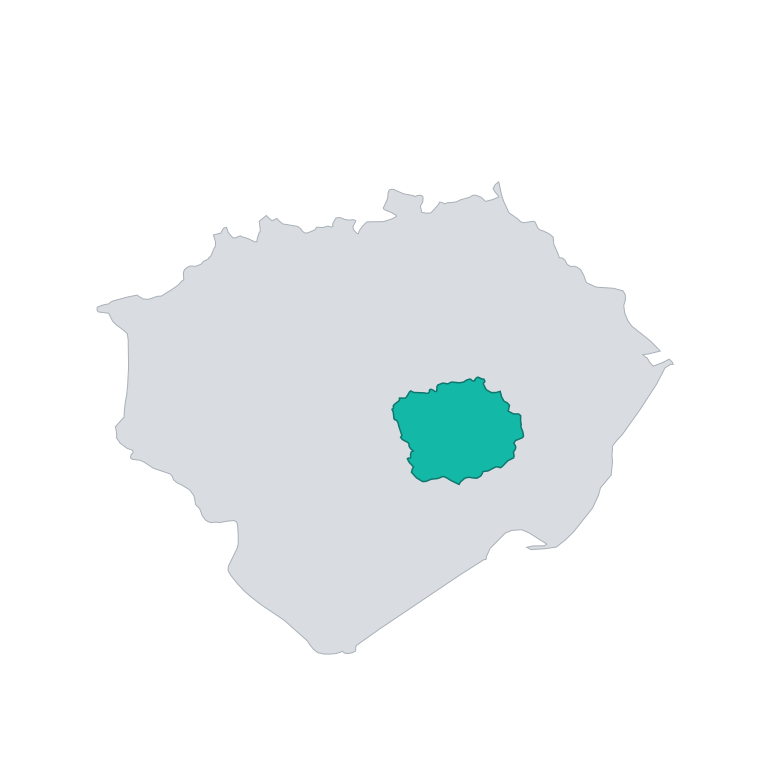 Kuyavian-Pomeranian on a map of Poland (Mercator projection), rotated 143°
{"feature_id": "POL-3145", "entity_name": "Kuyavian-Pomeranian", "entity_type": "Voivodeship", "adm_level": 1, "iso_a3": "POL", "parent_name": "Poland", "parent_adm1": "", "projection": "mercator", "projection_center": [18.543, 52.987], "detail": "fine", "context": "in_parent", "style": "filled", "palette": "teal", "viewbox_px": 768, "rotation_deg": 143, "n_neighbors": 0, "source": "natural_earth", "source_scale": "10m", "svg_char_len": 5585}
<svg xmlns="http://www.w3.org/2000/svg" viewBox="0 0 768 768"><g transform="rotate(143 384 384)"><path d="M606.1,424.5L608.8,429.9L609.8,434.2L608.7,437.6L609.0,441.0L618.9,455.5L622.6,466.0L624.9,470.1L630.4,475.4L630.9,477.6L628.7,479.6L625.5,480.4L624.6,482.2L627.9,487.2L630.3,495.4L630.1,502.2L628.3,503.9L625.9,507.9L624.3,511.5L611.4,514.1L608.3,518.0L601.2,525.5L596.4,529.8L589.2,537.6L578.0,551.0L561.6,573.4L558.8,578.6L559.4,582.8L562.3,592.7L562.9,597.1L562.4,601.2L561.4,604.9L561.6,606.5L568.6,613.3L568.8,614.7L568.2,616.5L566.7,617.9L561.4,616.4L555.4,613.6L553.3,614.0L550.1,613.3L536.7,607.9L527.7,603.6L526.8,600.8L525.1,596.8L521.2,593.4L512.4,590.5L508.8,588.2L494.5,587.0L488.3,586.9L483.9,587.9L481.1,587.8L477.2,593.7L474.6,595.4L470.7,595.6L467.3,594.6L463.8,591.4L458.2,589.8L454.1,590.6L451.2,589.9L448.6,589.7L447.7,590.4L445.7,590.3L442.7,591.8L439.4,593.9L435.8,595.5L433.0,599.0L430.5,605.7L423.5,602.7L421.2,604.0L417.9,604.9L415.6,604.0L416.2,601.7L417.2,599.0L417.1,595.3L416.5,591.3L414.3,589.9L411.1,589.4L409.4,588.6L409.2,587.3L407.6,585.6L404.7,581.2L401.9,575.7L400.1,574.1L397.3,576.7L393.2,579.6L390.6,580.7L385.6,589.1L376.6,589.4L376.1,585.5L375.1,581.7L369.9,580.7L369.8,578.5L368.6,572.9L358.1,561.8L356.9,557.2L357.3,555.4L356.5,552.5L354.3,550.7L346.0,548.6L343.8,549.8L341.9,548.6L338.9,545.9L333.6,543.8L333.1,542.7L331.2,540.8L330.1,540.5L329.4,541.7L327.9,543.3L322.5,545.4L320.4,544.5L318.4,542.7L316.2,538.9L312.9,535.5L310.3,534.3L308.7,532.5L308.4,531.1L314.3,528.3L315.6,525.4L314.9,520.2L314.0,519.5L311.6,521.3L306.7,522.8L302.1,523.6L299.8,523.6L286.7,514.0L278.3,511.1L273.3,510.2L272.7,511.2L275.0,516.6L278.9,523.2L278.7,525.0L271.4,528.8L268.3,531.1L265.6,534.3L263.3,535.7L261.4,535.4L259.3,533.8L253.9,524.1L247.1,516.6L246.3,514.9L244.1,514.5L241.2,512.8L240.1,510.5L241.6,508.1L243.7,505.9L247.4,504.5L248.5,503.2L249.1,501.3L250.5,498.8L250.1,497.9L247.5,495.1L243.7,492.4L233.0,494.4L230.1,495.8L228.4,494.0L227.2,491.3L224.5,490.7L220.8,488.3L216.4,485.8L212.1,485.1L203.2,481.6L199.8,481.4L197.8,480.2L195.7,477.5L194.0,474.6L193.0,468.7L186.5,466.0L179.9,464.3L179.5,465.2L179.7,471.1L179.4,474.3L175.1,476.3L170.8,476.5L171.0,475.5L176.2,464.7L178.5,457.9L181.1,445.5L177.9,435.6L177.1,431.0L175.6,428.8L166.6,424.0L165.9,422.3L167.3,415.8L166.6,413.0L164.5,410.1L161.6,404.3L160.5,399.4L164.2,393.6L166.6,383.4L168.0,379.3L165.6,377.1L165.0,373.8L165.7,369.2L164.4,365.8L161.2,363.5L159.2,360.6L158.2,356.9L158.9,351.1L161.4,343.2L156.2,333.6L143.3,322.5L137.1,314.6L137.6,310.1L140.3,306.1L145.3,302.4L149.0,295.9L151.1,288.2L151.3,281.2L145.5,258.6L144.6,252.9L143.6,244.1L154.9,248.9L159.6,251.7L159.0,248.6L158.1,246.0L158.7,242.1L158.4,236.3L148.1,233.3L141.3,232.3L140.6,228.2L141.2,225.6L143.1,227.1L149.8,227.8L166.2,219.9L194.5,209.6L224.8,200.0L231.8,198.9L239.0,196.9L241.6,193.3L244.2,190.8L248.3,184.4L257.4,174.5L273.6,170.8L279.6,166.1L292.2,159.4L320.9,152.0L332.9,150.3L344.7,150.1L355.2,156.0L366.3,163.3L368.3,167.7L362.3,164.9L353.5,158.4L350.3,158.1L357.8,178.0L361.9,184.9L370.1,190.2L377.0,191.9L398.3,188.8L405.9,184.6L408.1,182.5L410.1,183.6L438.0,185.8L535.0,191.0L562.9,191.8L564.6,191.2L567.4,187.9L570.9,188.4L575.0,190.4L576.9,192.0L577.7,193.7L578.2,195.7L580.5,196.1L584.6,197.6L590.1,201.1L594.5,204.5L598.6,209.3L600.0,214.8L600.1,220.9L599.8,224.9L605.8,255.0L615.2,282.3L618.7,295.4L620.1,302.4L621.2,312.4L621.5,319.5L621.5,323.5L620.8,328.9L618.0,332.1L599.9,341.3L596.5,344.2L591.2,351.3L586.3,358.7L585.1,361.2L584.8,362.8L585.9,365.2L592.3,369.1L598.8,372.3L601.0,374.6L605.8,377.6L607.5,380.3L608.4,382.7L608.4,388.1L606.2,395.6L607.1,401.2L604.9,405.0L603.1,409.1L602.9,416.4L606.1,424.5Z" fill="#d9dde1" stroke="#a8b0b8" stroke-width="1"/><path d="M415.2,297.0L412.8,298.9L410.3,300.1L410.6,301.6L410.6,303.3L411.0,305.7L410.9,307.3L410.6,308.9L410.2,310.3L409.2,310.2L408.3,309.5L407.3,309.1L406.3,310.1L405.4,311.5L403.3,313.3L400.9,313.0L401.7,316.3L401.4,319.4L400.4,320.5L400.0,322.1L400.5,323.8L401.4,325.4L402.8,328.8L402.8,331.5L400.7,332.1L397.4,341.8L396.1,344.5L395.8,347.6L396.8,348.7L397.0,350.2L393.4,356.2L393.2,357.6L392.8,359.0L391.9,358.9L390.9,359.1L390.3,360.0L389.9,360.9L388.0,361.5L381.9,361.6L381.0,362.1L380.7,362.9L380.2,363.5L375.5,359.9L373.7,360.1L368.5,362.3L366.8,362.4L365.4,359.4L357.2,352.7L355.7,350.9L354.0,350.1L353.1,350.2L352.2,350.6L351.7,351.5L350.9,351.9L349.7,351.6L348.8,350.2L348.2,348.8L347.8,347.3L347.1,346.9L346.1,346.6L343.3,350.0L341.6,350.8L336.6,349.4L335.0,347.9L333.5,346.1L331.9,345.4L330.0,345.3L328.3,344.4L323.2,339.7L319.5,337.7L316.0,337.5L312.9,336.5L312.3,336.1L311.9,335.6L311.7,334.3L311.3,333.2L309.7,331.9L308.9,332.7L306.9,333.3L304.9,333.0L303.9,331.4L303.1,329.5L301.3,327.7L301.7,325.6L302.5,325.0L303.4,325.0L304.2,324.8L304.8,323.6L305.8,317.8L303.4,312.5L299.6,309.7L295.6,308.2L297.8,303.1L298.5,298.0L297.0,295.0L296.6,291.5L301.1,287.7L298.7,282.3L294.5,279.0L293.9,276.5L297.5,271.8L298.9,268.8L300.3,267.9L301.8,262.7L303.0,260.0L304.3,258.1L306.2,257.9L313.0,259.7L316.1,258.5L316.1,256.7L316.3,255.5L316.6,254.5L318.2,253.0L321.6,251.7L323.6,248.0L325.0,247.0L331.2,248.2L339.6,246.9L341.4,247.1L342.8,249.0L344.4,250.5L353.3,252.0L357.6,254.5L359.4,253.3L362.3,252.3L366.3,252.8L367.3,253.4L367.9,254.2L368.7,254.7L372.0,258.1L373.5,259.1L376.2,260.1L381.9,259.8L384.5,258.6L388.8,267.0L390.1,270.6L391.6,273.4L392.3,274.5L393.5,275.0L394.4,275.1L398.2,276.3L403.5,279.5L409.2,281.0L411.9,282.9L414.5,289.4L415.2,297.0Z" fill="#14b8a6" stroke="#0f766e" stroke-width="1.5"/></g></svg>